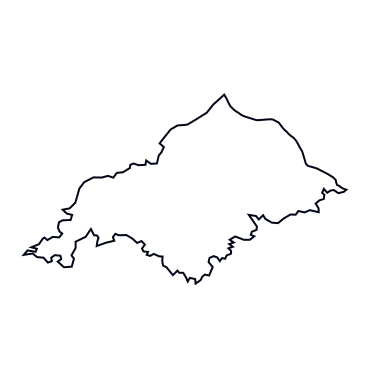 outline of Dehkanabad, Kashkadarya, Uzbekistan, rotated 193°
{"feature_id": "79887680B51602053820604", "entity_name": "Dehkanabad", "entity_type": "district", "adm_level": 2, "iso_a3": "UZB", "parent_name": "Uzbekistan", "parent_adm1": "Kashkadarya", "projection": "robinson", "projection_center": [66.692, 38.343], "detail": "fine", "context": "isolated", "style": "outline", "palette": "ink", "viewbox_px": 384, "rotation_deg": 193, "n_neighbors": 0, "source": "geoboundaries", "source_scale": "gbopen_adm2", "svg_char_len": 2492}
<svg xmlns="http://www.w3.org/2000/svg" viewBox="0 0 384 384"><g transform="rotate(193 192 192)"><path d="M156.5,114.5L155.0,123.6L160.1,127.5L160.1,131.7L156.5,134.4L152.6,133.9L149.4,130.9L147.8,134.4L144.7,134.4L144.0,137.9L140.2,140.6L140.6,143.4L143.8,145.3L139.9,147.8L144.0,149.6L140.0,152.2L144.5,154.0L139.9,158.4L130.7,157.1L124.8,158.5L121.4,162.8L125.1,163.5L124.8,166.7L120.6,169.6L121.0,173.0L131.5,182.5L124.3,183.0L120.7,180.3L117.5,185.4L114.5,182.3L107.3,180.1L101.2,181.0L96.5,187.0L91.0,192.2L85.9,193.2L84.1,197.4L77.6,197.5L73.2,200.8L64.0,200.8L65.0,204.6L68.9,208.5L66.0,212.5L62.0,214.9L62.4,219.0L65.0,220.5L64.2,224.7L60.1,221.7L57.3,224.6L54.2,225.8L49.2,223.8L44.2,226.2L42.2,229.0L44.2,229.1L46.4,229.6L47.9,230.1L49.9,231.0L52.2,231.5L53.6,233.6L54.7,236.1L57.9,238.1L63.7,240.0L75.4,243.0L81.1,243.4L84.9,243.5L87.3,245.0L90.2,250.1L93.7,256.2L96.9,259.6L100.2,263.4L102.9,266.1L105.7,267.9L108.4,269.0L110.7,270.2L113.0,271.8L116.8,274.0L118.3,275.1L123.0,279.1L126.8,280.1L129.3,280.8L132.1,280.5L141.7,277.5L145.3,276.5L158.0,277.5L161.3,278.2L165.0,279.8L166.7,280.3L168.0,280.8L169.7,281.6L174.0,284.3L176.3,286.9L179.4,290.8L182.5,294.1L191.0,281.9L195.5,272.5L204.8,263.2L211.7,256.6L221.2,253.5L226.9,248.1L231.5,238.5L234.5,232.1L229.5,229.4L230.8,223.7L232.6,220.0L232.6,211.9L238.3,210.2L243.7,212.4L243.5,208.0L250.1,206.1L255.3,206.6L258.2,204.6L257.9,201.4L263.9,195.6L269.6,193.7L271.9,188.3L277.6,188.8L283.1,185.8L291.2,184.1L299.2,177.4L302.5,170.1L303.3,155.3L307.6,148.5L314.0,145.7L309.1,142.8L303.6,142.7L304.0,137.4L311.7,135.3L314.8,132.6L314.7,127.3L312.2,123.7L309.1,122.3L311.2,117.9L317.6,116.9L322.1,112.6L325.5,114.4L326.9,112.9L329.4,106.7L336.1,102.0L330.4,101.8L331.0,98.5L339.1,98.1L341.8,92.9L333.4,96.2L328.3,93.7L321.9,94.6L316.5,90.8L313.0,93.1L314.4,96.3L311.5,99.6L306.0,100.3L304.3,97.2L307.2,94.0L299.9,89.9L292.4,92.2L292.0,100.5L295.2,103.1L292.8,111.3L294.2,117.4L285.5,124.4L282.2,133.2L277.7,127.8L274.9,128.3L272.8,126.4L273.1,122.3L272.7,117.9L264.5,123.2L256.8,127.0L258.9,130.2L257.3,134.0L253.6,133.4L246.1,135.3L239.4,133.1L234.0,130.0L230.2,132.8L226.1,130.2L228.0,125.6L226.0,123.2L221.4,123.7L222.0,120.6L218.5,120.3L215.3,123.1L209.7,121.9L206.2,122.5L205.4,117.8L203.5,113.7L200.0,113.0L191.9,106.7L188.5,112.1L186.1,110.4L182.4,111.3L178.3,107.0L176.0,103.8L174.8,107.8L169.3,107.9L167.9,103.6L163.8,108.1L162.9,111.9L160.9,114.4L156.5,114.5Z" fill="none" stroke="#020617" stroke-width="2"/></g></svg>